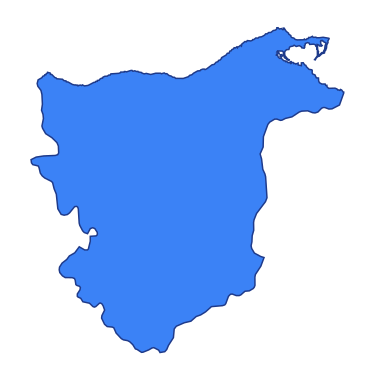 Baní, Peravia, Dominican Republic, rotated 176°
{"feature_id": "3306468B54911085338541", "entity_name": "Baní", "entity_type": "district", "adm_level": 2, "iso_a3": "DOM", "parent_name": "Dominican Republic", "parent_adm1": "Peravia", "projection": "natural_earth1", "projection_center": [-70.434, 18.349], "detail": "fine", "context": "isolated", "style": "filled", "palette": "blue", "viewbox_px": 384, "rotation_deg": 176, "n_neighbors": 0, "source": "geoboundaries", "source_scale": "gbopen_adm2", "svg_char_len": 5903}
<svg xmlns="http://www.w3.org/2000/svg" viewBox="0 0 384 384"><g transform="rotate(176 192 192)"><path d="M33.7,280.2L33.7,281.1L34.2,281.1L35.6,283.3L36.6,283.9L37.1,283.1L37.8,283.1L38.3,283.6L39.5,283.6L40.2,284.7L42.1,285.6L48.5,285.9L50.0,287.6L50.0,289.0L51.2,289.0L51.6,290.4L55.0,290.7L57.2,292.1L57.9,293.8L57.9,296.9L60.0,297.2L61.2,300.3L63.1,301.1L63.8,302.2L63.6,305.1L64.1,305.6L66.7,306.2L69.1,309.0L69.6,310.4L70.8,311.0L72.0,313.2L73.9,313.2L74.1,310.4L77.2,311.3L77.2,313.2L79.6,312.4L80.6,313.2L81.5,313.0L82.0,314.1L83.2,314.1L83.9,315.2L84.4,315.2L83.9,314.4L83.9,313.5L84.4,313.2L85.1,314.1L87.3,314.4L88.2,315.5L89.4,315.5L89.4,316.1L91.3,316.6L93.7,319.2L95.2,319.2L96.4,320.3L97.1,322.3L98.3,322.6L98.0,323.7L95.4,324.0L95.7,325.1L97.6,325.7L96.8,326.8L91.8,326.2L91.1,325.1L91.3,321.7L90.9,321.4L90.4,319.5L89.0,318.6L88.2,317.5L86.1,316.4L85.8,317.2L87.3,318.0L89.9,321.7L89.9,324.0L90.9,324.5L90.9,325.1L89.7,325.1L89.4,325.9L87.8,327.4L85.4,327.4L84.6,329.6L83.7,330.2L81.1,330.5L79.9,331.3L77.9,329.9L74.8,330.5L72.7,329.1L72.5,328.2L70.1,327.6L69.3,328.8L69.8,329.9L68.9,330.7L68.6,332.2L66.5,333.0L64.8,332.4L64.3,331.0L60.3,331.0L58.6,330.2L58.3,328.8L57.4,327.9L57.6,325.7L56.7,325.4L56.7,327.9L57.1,328.2L56.7,329.1L57.1,329.6L56.9,330.5L55.0,329.6L54.8,328.8L52.6,328.5L51.9,329.1L53.1,330.2L53.3,333.3L52.8,334.1L51.6,334.1L51.6,333.6L50.4,333.3L49.7,332.2L48.1,331.6L48.1,330.5L49.0,328.8L49.7,325.1L50.7,323.7L50.9,322.3L52.8,322.0L54.8,320.3L56.2,320.0L56.4,322.0L56.0,323.1L56.4,323.4L56.4,324.3L57.1,324.3L57.4,319.2L60.5,315.5L59.8,315.2L58.8,316.9L57.1,318.3L55.5,318.6L52.8,320.9L50.2,321.4L49.7,323.1L48.5,324.5L48.8,325.7L48.1,325.7L47.8,326.2L47.3,329.3L45.9,331.6L45.9,333.3L44.5,335.3L44.7,335.8L50.4,337.2L54.3,337.0L56.9,337.2L57.6,337.8L60.3,337.8L61.0,338.9L63.6,337.8L64.6,338.1L65.3,337.0L66.5,337.0L67.2,336.1L68.9,336.1L69.1,336.7L70.5,336.1L76.5,336.4L78.4,337.0L79.6,338.4L81.8,339.2L82.5,340.1L82.5,341.2L84.4,342.6L84.6,343.7L86.8,345.7L88.7,349.1L89.4,349.1L88.9,347.7L90.4,347.7L91.3,348.8L93.5,348.5L94.7,349.9L95.9,349.9L95.9,349.1L97.3,347.7L99.7,347.4L102.1,345.7L104.5,345.7L105.9,344.6L107.6,344.6L108.6,343.4L111.7,342.0L114.3,341.8L115.5,340.9L117.6,341.2L119.6,339.8L120.8,339.8L121.0,339.2L122.9,338.6L126.3,339.2L127.2,338.1L128.7,338.4L132.0,336.1L132.5,334.1L133.4,335.0L135.3,333.6L136.8,333.6L136.8,333.0L137.3,333.6L138.5,332.7L139.9,333.0L140.6,331.9L142.3,331.3L143.0,330.2L144.4,329.9L145.4,327.9L147.1,327.9L148.5,326.2L153.1,324.0L153.1,323.4L154.7,321.7L156.4,321.4L156.9,320.3L159.0,319.7L160.9,317.8L163.1,317.5L168.8,313.8L170.5,313.2L171.2,313.8L172.9,313.8L174.8,313.2L175.5,312.4L177.9,312.4L182.2,310.4L183.9,309.0L186.3,308.5L187.5,307.3L192.8,305.9L200.4,306.5L201.4,307.6L203.3,307.9L204.5,309.0L206.9,309.9L208.8,311.8L210.2,311.8L211.4,312.7L214.3,312.1L215.2,312.7L220.0,313.0L225.0,312.1L229.3,313.5L231.5,313.2L233.6,314.1L233.9,314.7L237.2,315.5L237.5,316.1L239.1,316.1L240.6,316.9L242.5,316.6L243.4,317.5L244.6,317.5L249.0,316.4L250.4,316.9L251.1,316.9L251.3,316.4L254.7,316.6L254.9,316.1L256.6,315.5L264.7,315.5L265.5,314.4L267.1,314.4L268.3,313.5L271.0,313.5L272.9,312.7L273.3,311.8L274.5,311.8L276.0,311.0L276.9,309.9L278.6,309.9L278.8,309.0L280.3,309.0L281.0,308.2L282.2,308.2L288.2,305.6L291.8,305.3L293.9,306.5L294.6,305.9L296.1,306.5L298.2,305.9L298.5,306.5L298.9,306.2L300.4,307.0L301.1,306.8L303.7,307.6L308.0,310.4L309.7,310.7L309.9,311.6L312.1,312.1L313.3,313.5L319.0,314.4L319.5,315.2L320.9,315.8L323.6,318.9L325.0,319.2L324.8,319.7L325.2,320.6L327.6,321.4L327.6,320.9L329.1,320.3L329.6,319.2L330.7,319.2L331.2,318.3L332.9,317.8L333.6,316.6L337.7,314.6L338.9,311.0L338.4,308.2L335.6,303.9L334.9,299.7L335.1,290.0L336.4,284.1L335.2,279.7L335.1,275.6L337.1,268.3L336.6,265.9L333.9,260.4L328.0,256.0L323.3,250.7L322.1,247.2L322.3,240.2L323.4,238.6L325.8,238.0L337.5,238.3L345.0,237.7L350.3,235.5L350.1,232.3L348.9,230.4L343.6,228.7L342.9,227.0L342.0,221.4L340.3,218.5L337.9,216.2L331.5,212.4L330.4,211.0L329.3,204.8L327.5,199.3L327.0,184.6L324.1,178.8L321.2,177.8L317.9,178.2L315.6,179.7L310.1,185.6L308.0,185.7L307.1,184.9L306.6,183.1L306.7,168.8L306.3,166.6L303.8,160.9L302.3,159.1L299.1,157.7L296.0,162.6L293.5,163.3L291.5,162.3L289.4,158.5L289.3,156.7L289.8,155.6L290.8,154.9L296.6,154.9L296.9,150.0L299.4,142.3L300.3,141.5L303.1,141.7L308.3,145.2L313.2,139.5L318.8,136.8L321.6,133.5L326.6,130.1L329.4,126.3L329.9,123.6L329.5,120.8L327.1,117.4L324.5,115.5L317.4,114.9L315.3,113.9L314.7,112.3L314.3,107.7L313.3,106.8L310.8,105.8L310.0,104.4L310.6,102.2L313.5,98.3L313.7,96.0L313.1,95.2L310.4,93.7L308.5,90.1L302.0,88.2L298.9,84.7L297.5,84.0L296.0,84.4L292.1,87.5L291.0,87.6L289.7,86.7L288.6,84.7L287.4,80.3L290.5,75.0L291.0,72.5L288.5,66.2L286.0,63.7L280.9,62.8L279.5,62.0L277.5,56.5L272.7,50.6L270.7,49.3L266.6,48.2L264.6,47.0L261.7,43.8L259.4,39.4L257.8,38.8L253.6,35.6L252.1,35.6L246.2,37.5L242.7,39.2L240.9,39.4L236.3,36.6L235.1,34.1L230.3,34.6L228.2,36.6L226.2,40.6L220.7,48.0L219.3,56.6L217.0,59.2L208.8,62.1L202.1,63.2L196.5,67.5L191.9,68.8L186.8,71.5L180.6,76.3L169.5,76.5L167.2,77.1L166.1,78.3L162.9,85.4L160.8,87.3L159.0,87.4L155.1,85.6L152.1,85.4L150.4,86.0L146.1,89.3L141.7,89.4L137.7,91.4L136.5,92.7L135.7,94.5L135.2,102.7L134.5,105.3L128.5,113.2L124.7,121.6L128.0,122.9L134.0,126.7L136.4,131.5L136.8,134.2L135.7,138.1L135.0,144.2L133.1,149.5L132.7,157.2L132.1,159.8L129.1,166.1L119.4,177.2L117.6,181.0L117.5,202.1L118.0,204.9L119.8,209.7L120.3,220.1L121.4,225.2L117.9,231.9L116.9,242.2L111.6,254.1L109.6,256.3L104.5,258.9L102.2,258.8L98.8,257.3L97.2,257.4L93.6,258.9L87.0,260.0L79.4,264.3L76.9,265.0L70.9,264.9L66.1,262.7L63.7,262.3L60.8,263.0L56.9,266.5L55.3,267.1L53.6,267.0L49.6,265.2L46.5,265.2L38.8,268.5L33.7,280.2ZM93.5,320.3L92.1,321.7L93.0,322.8L94.0,322.8L94.5,322.6L94.2,322.0L94.7,321.2L93.5,320.3Z" fill="#3b82f6" stroke="#1e3a8a" stroke-width="1.5"/></g></svg>